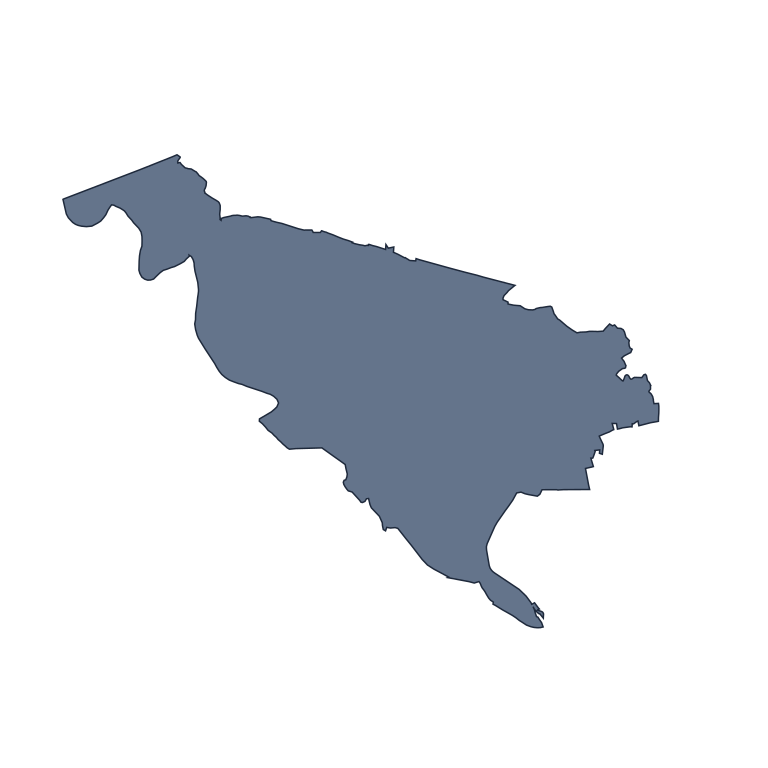 Amatitlán, Veracruz, Mexico (Robinson projection), rotated 164°
{"feature_id": "50627088B91579254282686", "entity_name": "Amatitlán", "entity_type": "district", "adm_level": 2, "iso_a3": "MEX", "parent_name": "Mexico", "parent_adm1": "Veracruz", "projection": "robinson", "projection_center": [-95.694, 18.438], "detail": "fine", "context": "isolated", "style": "filled", "palette": "slate", "viewbox_px": 768, "rotation_deg": 164, "n_neighbors": 0, "source": "geoboundaries", "source_scale": "gbopen_adm2", "svg_char_len": 6171}
<svg xmlns="http://www.w3.org/2000/svg" viewBox="0 0 768 768"><g transform="rotate(164 384 384)"><path d="M125.5,289.7L129.9,290.7L129.6,294.1L129.4,294.4L129.2,297.8L129.9,300.7L130.5,301.9L131.3,302.7L131.4,304.0L129.2,305.6L128.3,309.0L128.0,309.0L128.5,312.0L129.8,314.7L129.4,319.7L129.9,321.0L130.1,321.3L131.7,321.2L134.4,319.1L141.3,321.3L142.3,321.2L144.6,320.4L145.5,320.7L146.2,322.3L146.4,323.8L146.9,325.0L147.9,325.9L148.9,325.9L150.1,325.3L151.7,323.0L153.2,321.1L153.9,321.3L155.4,323.7L155.8,324.5L158.3,328.4L158.1,328.9L157.7,329.5L156.4,330.5L154.7,331.6L150.4,333.1L148.9,332.8L148.2,332.8L147.4,333.0L146.3,335.1L146.5,335.6L147.0,339.6L148.5,343.4L145.1,344.9L139.7,346.0L138.2,346.2L135.9,349.0L137.5,350.7L137.8,352.9L137.2,356.4L136.2,358.1L138.5,362.4L138.5,367.8L139.1,370.2L140.9,372.1L144.2,373.3L146.0,377.2L148.4,377.0L150.6,379.5L156.0,376.3L158.7,374.4L164.4,375.6L166.3,376.3L172.1,378.0L175.3,378.3L181.0,379.7L184.4,380.0L188.0,383.8L192.3,389.1L197.5,397.0L199.1,398.7L200.5,403.0L201.2,404.7L201.2,407.0L201.5,411.7L202.7,412.9L205.0,413.3L211.0,414.0L212.6,414.4L217.0,414.6L218.1,414.1L220.6,414.2L224.5,415.5L225.8,416.2L227.9,417.5L231.5,421.7L237.6,424.0L242.7,426.7L242.2,428.5L246.3,432.2L245.9,433.8L244.2,435.9L240.4,438.1L238.6,439.4L232.4,442.1L230.9,442.7L259.1,459.4L264.6,462.9L275.3,469.1L289.1,477.4L315.7,493.7L318.6,495.7L319.6,493.6L325.1,495.6L326.2,496.7L326.7,497.4L327.7,498.3L328.7,499.6L329.5,499.7L335.0,505.0L338.6,508.0L336.8,513.0L342.4,513.4L343.7,517.5L345.4,512.9L353.3,518.2L356.8,520.2L360.0,522.4L360.5,522.4L360.8,521.5L362.2,522.0L364.2,522.1L366.1,523.2L369.0,524.5L373.5,527.0L375.7,528.6L375.1,529.0L378.6,531.6L383.1,534.5L387.3,537.7L392.0,541.5L396.3,544.6L397.8,545.9L399.3,546.7L399.9,547.2L400.5,547.5L401.1,548.1L401.8,548.5L403.4,547.2L410.3,549.2L410.4,550.1L410.9,551.9L417.6,553.8L418.1,553.8L419.2,554.4L423.6,556.9L437.9,566.5L442.7,569.1L446.3,571.3L447.6,572.2L447.6,573.6L456.6,578.5L459.2,579.5L466.1,580.6L466.8,581.0L466.6,581.4L466.9,581.5L468.3,582.8L470.2,583.7L473.9,584.4L476.3,585.8L478.6,586.8L480.4,587.1L481.7,587.5L483.7,587.8L485.4,587.7L492.2,588.2L494.6,588.0L495.5,586.2L496.3,587.3L495.8,588.5L495.2,592.3L494.7,593.7L493.4,596.8L492.3,600.5L492.3,601.6L492.5,603.6L493.0,604.8L494.6,606.7L497.8,610.0L501.0,613.7L502.3,615.3L503.0,616.4L503.5,616.7L503.5,617.2L503.3,617.8L503.5,618.2L503.5,619.4L502.8,620.6L501.9,621.4L500.4,623.6L499.1,626.8L499.1,627.8L500.1,629.6L501.2,631.4L503.3,634.2L504.0,634.9L504.4,635.6L505.0,637.4L505.5,638.4L506.0,639.6L507.1,640.6L510.0,643.8L513.2,645.1L513.6,645.5L515.6,646.6L518.2,650.9L519.0,653.1L520.0,653.3L521.2,653.2L521.2,654.1L520.6,655.4L517.5,657.9L517.4,658.5L519.8,661.4L524.4,660.8L559.4,657.3L640.6,650.2L641.7,650.0L642.5,635.0L641.6,630.8L640.2,628.0L638.7,625.1L636.6,622.6L634.3,620.8L631.3,619.1L626.7,617.3L621.3,616.3L615.0,617.6L611.4,618.7L607.7,621.1L604.7,623.4L601.4,627.2L599.4,629.0L596.5,631.3L594.3,630.3L592.9,628.8L589.3,625.9L587.2,623.6L585.8,621.9L584.8,619.5L583.8,615.9L581.3,611.0L580.3,608.1L576.8,601.4L575.6,597.0L576.0,592.5L577.1,588.3L578.7,583.2L581.3,579.6L583.7,574.6L585.5,569.6L588.2,561.0L588.2,557.6L587.3,553.5L585.2,550.8L582.6,549.0L579.8,548.3L576.5,548.4L573.5,550.1L570.5,551.7L568.3,552.8L564.8,554.1L560.8,554.2L556.5,554.6L553.0,554.6L546.6,555.8L542.2,556.9L539.5,558.7L535.9,560.5L535.8,561.5L535.4,561.0L534.9,560.6L534.0,559.5L533.2,556.1L533.2,552.7L533.9,549.6L534.4,545.9L534.6,544.4L535.0,533.0L536.2,526.3L536.7,524.4L537.9,521.5L539.3,518.5L542.6,510.4L545.6,503.8L547.5,497.7L549.4,493.9L550.1,488.3L550.1,482.4L549.7,479.1L546.2,466.7L541.1,450.3L540.2,446.2L538.9,441.7L537.3,437.9L534.8,434.1L531.6,430.4L528.1,427.7L523.7,424.5L520.6,422.8L516.5,419.5L503.4,410.6L498.9,407.2L496.2,405.5L493.5,402.7L491.1,398.8L490.6,394.8L493.3,391.5L496.1,390.0L500.1,388.2L513.3,384.8L514.1,382.6L511.8,379.3L509.7,375.1L508.2,371.4L505.2,367.7L503.8,364.9L502.2,362.4L501.1,359.8L499.2,356.9L497.7,354.1L495.9,351.4L494.8,349.5L492.9,347.4L486.6,346.2L461.3,339.7L443.5,317.3L443.9,313.0L444.1,307.6L445.3,304.9L447.1,302.5L448.9,302.4L450.2,300.8L450.3,298.5L449.7,295.9L448.8,293.3L447.8,291.1L446.3,290.2L444.4,288.9L439.5,279.0L438.7,276.7L437.4,276.0L434.7,276.4L432.5,278.5L430.4,278.2L430.7,272.0L430.3,268.5L424.9,258.1L423.9,251.1L424.5,248.3L424.8,244.3L423.0,242.4L420.9,245.4L417.6,243.8L412.9,242.9L410.5,241.4L405.6,229.4L402.2,221.4L395.7,204.9L392.1,198.0L387.0,192.2L381.9,187.3L375.2,180.7L376.3,180.4L356.8,170.6L352.1,167.8L347.2,167.9L346.8,166.9L346.4,165.5L346.2,163.0L345.8,160.9L344.8,158.4L344.1,156.2L343.5,153.5L342.4,149.4L341.2,146.8L339.0,144.2L339.9,142.3L338.0,140.5L335.1,137.3L332.1,134.0L328.4,130.3L324.3,126.1L321.6,122.9L319.1,119.4L316.6,116.6L313.5,113.0L309.7,110.2L306.8,108.6L303.7,107.4L300.8,106.7L298.0,106.6L298.3,111.2L299.6,115.0L300.3,117.4L301.5,118.4L301.7,122.9L301.6,125.7L302.1,128.9L301.6,126.5L301.1,125.1L299.5,122.0L298.2,120.3L297.6,120.2L295.4,115.0L294.9,116.5L294.0,119.0L294.2,120.6L294.9,121.6L295.8,122.3L297.3,123.3L298.8,124.3L298.1,124.8L296.7,124.9L297.3,126.1L299.6,132.2L302.7,131.5L302.9,132.9L303.1,133.6L305.9,141.0L310.7,149.3L329.9,172.0L331.2,173.8L331.8,175.0L332.1,175.7L332.7,177.5L332.8,178.4L332.9,180.4L331.2,196.0L330.7,198.3L330.3,199.6L328.9,202.0L328.5,202.5L316.8,216.5L313.3,219.9L302.4,228.8L298.1,232.1L292.2,236.9L286.5,242.7L282.1,242.3L278.8,239.7L275.6,237.9L267.5,233.9L264.6,235.0L261.2,238.8L247.1,234.8L246.0,234.1L244.7,233.9L240.3,232.9L215.4,225.9L215.2,230.1L213.6,247.3L207.1,246.9L205.5,246.9L205.6,255.7L203.8,255.2L202.8,256.4L199.6,260.9L199.7,262.0L194.8,261.2L196.0,258.0L193.5,256.3L190.3,264.0L190.1,264.9L190.1,265.9L191.0,271.1L191.5,274.5L191.4,274.7L190.9,274.7L185.1,275.4L180.6,275.8L176.9,276.7L175.7,276.8L175.6,277.9L175.6,279.6L175.5,283.2L171.4,281.9L172.0,276.3L169.7,276.1L166.7,276.1L159.1,275.0L157.4,274.4L156.3,277.4L155.1,276.9L151.5,278.2L150.1,278.4L150.5,273.6L138.4,273.3L131.9,272.6L130.5,272.5L129.4,276.1L127.9,280.2L126.9,283.4L125.9,287.0L125.5,289.7Z" fill="#64748b" stroke="#1e293b" stroke-width="1.5"/></g></svg>